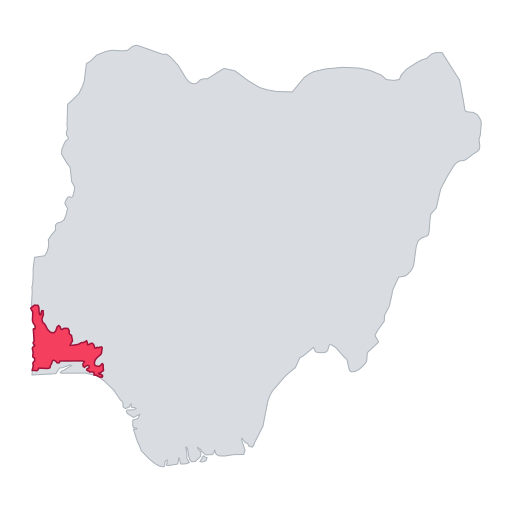 Ogun highlighted on a map of Nigeria
{"feature_id": "NGA-2852", "entity_name": "Ogun", "entity_type": "State", "adm_level": 1, "iso_a3": "NGA", "parent_name": "Nigeria", "parent_adm1": "", "projection": "natural_earth1", "projection_center": [3.522, 7.137], "detail": "fine", "context": "in_parent", "style": "filled", "palette": "rose", "viewbox_px": 512, "rotation_deg": 0, "n_neighbors": 0, "source": "natural_earth", "source_scale": "10m", "svg_char_len": 5969}
<svg xmlns="http://www.w3.org/2000/svg" viewBox="0 0 512 512"><path d="M442.1,52.6L459.6,80.2L463.4,100.6L465.0,110.7L467.8,111.9L473.2,112.4L477.1,114.5L479.5,117.8L481.0,120.9L481.3,122.8L480.3,135.1L479.0,139.5L479.8,145.6L479.6,148.1L479.0,149.9L476.6,151.9L473.4,153.9L465.6,159.8L463.4,160.6L460.2,160.8L457.3,162.2L454.0,165.4L446.9,177.1L440.7,188.9L436.3,208.0L430.9,213.9L430.0,219.2L429.2,231.1L428.4,234.7L427.5,235.7L421.7,238.0L418.3,240.7L416.3,246.1L413.8,264.4L412.9,267.4L411.0,270.6L408.0,274.0L405.4,275.9L398.6,277.2L392.3,290.9L392.2,293.4L389.4,305.9L384.6,315.3L384.2,321.4L378.1,329.7L374.9,335.3L378.2,341.2L378.5,342.2L367.9,352.1L367.2,353.6L366.8,360.6L366.0,362.4L364.1,364.9L361.2,367.7L358.3,369.9L355.0,371.4L351.8,371.9L350.0,371.1L349.0,369.0L347.2,360.5L346.3,358.7L344.2,357.1L336.0,347.8L331.0,344.5L329.9,344.7L329.1,345.6L327.7,350.3L326.3,352.0L323.7,352.6L319.2,352.7L315.9,352.0L315.1,351.1L313.5,347.4L303.3,355.9L299.8,357.8L295.3,367.8L288.9,372.8L284.4,377.1L272.6,390.8L270.2,394.8L267.9,400.8L262.9,426.4L254.7,442.4L253.6,445.8L253.2,445.7L252.1,447.2L248.9,446.2L247.5,443.2L245.5,442.8L242.1,438.4L241.4,439.1L245.0,450.2L243.7,454.5L233.7,454.6L225.0,456.0L219.1,455.9L216.1,454.3L214.8,450.2L214.3,450.6L214.0,452.9L212.1,454.6L205.5,454.9L202.5,452.1L200.1,448.9L197.6,447.5L198.0,448.9L200.9,451.9L200.6,456.4L195.2,461.5L191.8,461.8L189.7,459.6L188.6,456.0L188.0,450.6L186.6,447.2L185.9,447.2L186.8,453.0L186.9,458.4L189.4,462.6L185.5,463.9L180.8,464.0L180.2,462.5L179.6,459.0L178.8,458.1L177.8,464.0L168.2,465.6L166.8,465.4L166.5,464.3L167.2,462.7L167.1,460.0L164.9,462.0L164.6,466.1L163.4,466.8L159.7,466.2L155.7,464.1L149.2,459.0L141.2,450.6L139.9,446.8L137.6,442.1L133.4,429.4L134.2,428.8L136.0,429.5L136.9,428.3L133.6,427.4L132.9,426.5L132.7,423.7L132.8,420.2L137.8,418.5L139.0,416.4L139.7,414.3L133.5,417.4L127.7,413.8L126.4,411.7L127.0,410.0L133.8,409.9L136.2,408.2L134.7,407.6L132.1,407.7L131.2,406.6L131.3,404.0L130.4,404.6L129.3,406.9L125.4,408.6L123.1,406.9L122.9,403.1L122.4,401.4L120.5,400.1L113.6,390.0L105.0,381.6L97.3,375.9L85.7,373.1L61.5,373.2L60.2,372.4L61.7,371.1L63.8,370.2L71.6,365.5L70.3,364.9L62.2,367.8L59.4,368.1L55.8,373.7L32.0,375.0L32.1,372.4L33.1,365.0L34.6,359.9L33.0,353.7L32.6,348.1L33.6,346.4L33.9,344.3L33.7,329.9L35.0,327.8L35.0,326.3L32.5,320.2L32.6,315.5L32.1,311.0L31.3,308.9L32.2,291.4L31.9,287.0L32.7,283.9L33.1,276.4L33.1,269.0L34.6,257.3L44.9,255.7L47.3,251.2L48.8,245.3L48.3,239.6L51.6,234.6L55.6,230.1L55.4,225.2L56.6,223.7L58.5,222.6L61.2,222.0L64.2,219.6L65.9,215.3L67.6,208.4L64.9,203.7L65.0,202.6L66.0,200.1L67.6,197.5L68.9,196.7L71.8,197.4L72.8,196.3L74.7,188.8L74.5,186.8L71.7,181.7L70.2,168.0L69.4,166.3L67.3,163.8L61.6,154.2L61.7,149.6L64.1,143.8L65.6,140.9L67.8,139.4L68.3,138.0L67.6,136.4L66.5,135.2L66.3,132.5L67.4,128.9L67.0,124.9L67.6,104.3L72.2,100.2L78.9,93.5L82.3,86.5L84.2,81.2L86.4,63.5L90.0,61.6L96.7,55.1L105.9,51.4L111.8,50.2L122.3,50.9L127.6,50.3L132.0,46.8L134.1,45.8L136.9,45.2L163.0,54.4L165.4,54.0L167.3,54.6L170.6,57.1L178.3,65.6L186.4,78.9L188.9,81.7L191.4,83.2L194.0,83.8L195.9,83.6L197.8,82.3L200.3,79.8L204.1,78.7L207.2,78.9L223.4,68.7L225.0,68.6L234.9,70.8L248.6,81.0L259.7,87.6L267.5,89.9L276.7,91.5L292.3,91.9L304.0,77.7L308.3,74.5L313.6,71.7L324.5,69.1L342.7,67.3L359.7,68.1L370.3,70.5L381.5,75.2L386.4,79.6L393.9,80.4L399.4,79.5L401.1,75.1L406.5,69.2L414.6,63.9L421.2,60.1L426.6,58.4L431.5,54.1L435.3,52.7L442.1,52.6ZM206.1,460.6L202.4,462.0L200.0,461.6L203.3,455.8L205.0,457.1L207.1,457.6L206.1,460.6Z" fill="#d9dde1" stroke="#a8b0b8" stroke-width="1"/><path d="M34.9,328.9L35.1,328.8L35.1,328.5L35.2,328.1L35.3,326.3L34.4,324.7L33.3,323.1L32.6,321.5L32.4,319.8L32.5,318.3L32.8,312.4L32.7,311.8L32.4,311.2L31.5,310.0L31.0,308.7L30.7,308.2L31.0,307.9L34.2,305.2L37.9,305.3L38.9,307.4L39.1,312.3L39.7,314.7L40.8,314.9L41.1,312.6L41.7,310.7L43.1,310.7L43.4,314.5L42.0,319.0L42.0,319.9L42.7,322.2L44.3,323.7L45.6,325.5L47.3,329.1L49.9,331.9L52.0,332.7L54.1,332.6L55.6,331.1L57.2,326.8L58.7,325.5L60.1,326.7L60.8,328.9L61.9,329.6L63.0,328.9L64.1,328.3L67.9,328.4L69.2,330.6L69.2,333.0L69.3,333.8L70.4,334.7L71.5,335.4L71.7,336.2L71.7,337.0L71.8,337.7L72.1,338.3L72.5,341.0L71.1,343.2L70.1,345.2L72.4,345.3L77.0,344.6L79.4,343.9L80.4,343.1L81.6,342.6L82.8,342.6L83.9,342.3L86.6,340.8L87.4,342.7L87.7,344.7L89.2,344.5L90.6,343.4L92.4,343.3L93.6,344.5L94.1,345.6L94.5,346.8L94.6,347.5L94.8,348.1L95.8,348.2L97.2,347.3L98.0,347.6L98.8,347.7L99.4,347.3L100.1,347.1L101.6,346.9L102.2,347.8L101.4,353.5L100.6,354.6L97.2,357.5L95.3,359.8L94.4,362.7L94.4,364.1L95.0,365.2L95.5,365.6L96.7,366.1L97.3,366.2L99.3,366.3L100.9,365.1L101.5,364.1L102.4,363.6L103.2,364.7L103.2,367.8L103.5,369.9L103.4,370.5L103.0,371.0L102.4,371.2L100.5,372.9L99.2,373.1L98.6,373.3L99.3,374.2L100.4,374.2L102.5,375.2L102.6,376.4L102.0,377.3L99.7,377.0L96.3,375.4L93.9,374.9L94.1,373.6L94.0,372.4L93.0,372.0L90.8,371.9L89.9,372.1L89.3,371.7L88.8,371.1L87.7,370.8L86.8,370.2L86.8,369.1L89.0,367.7L89.3,366.8L88.9,365.8L87.8,365.4L86.6,365.7L85.4,366.6L84.3,367.3L83.2,366.3L83.2,365.7L82.8,364.6L83.1,363.5L84.0,362.7L84.5,361.6L82.2,360.9L60.1,361.0L59.7,361.4L59.6,362.0L59.2,362.8L58.4,362.9L57.1,362.9L56.2,361.6L54.5,360.5L53.6,360.2L52.4,360.8L52.2,361.4L51.6,363.6L51.0,364.4L50.5,365.3L50.1,367.4L49.5,368.1L47.3,368.5L39.0,368.1L38.6,368.3L38.6,368.9L37.9,369.9L36.9,370.7L36.0,370.7L35.0,370.4L33.7,370.5L32.4,370.4L32.2,370.4L32.3,369.5L32.5,369.0L33.2,366.7L33.3,365.7L32.9,363.9L32.9,363.0L33.4,362.0L34.1,361.3L34.5,361.0L34.7,360.5L34.6,358.5L34.5,358.0L34.3,357.8L33.8,357.8L33.5,357.6L33.1,357.4L32.9,356.9L32.7,356.1L32.8,355.1L33.2,353.3L33.0,351.4L32.5,349.7L32.3,348.2L33.3,346.6L33.8,346.3L34.3,346.2L34.6,345.9L34.8,345.4L34.6,345.0L33.6,344.1L33.3,343.6L33.1,343.0L33.1,342.7L33.3,342.5L33.7,341.6L34.0,341.2L34.1,340.8L34.1,340.1L33.3,329.3L33.4,328.9L33.7,328.7L34.1,328.7L34.9,328.9Z" fill="#f43f5e" stroke="#9f1239" stroke-width="1.5"/></svg>